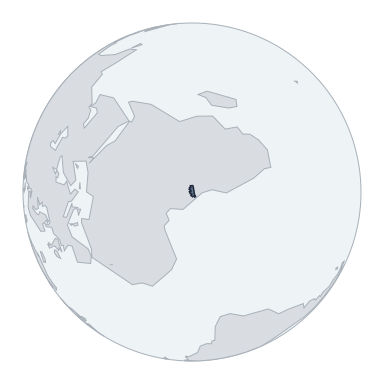 Bas-Congo on an orthographic globe, rotated 260°
{"feature_id": "COD-1883", "entity_name": "Bas-Congo", "entity_type": "Province", "adm_level": 1, "iso_a3": "COD", "parent_name": "Democratic Republic of the Congo", "parent_adm1": "", "projection": "orthographic", "projection_center": [14.09, -5.165], "detail": "fine", "context": "on_globe", "style": "filled", "palette": "slate", "viewbox_px": 384, "rotation_deg": 260, "n_neighbors": 0, "source": "natural_earth", "source_scale": "10m", "svg_char_len": 7631}
<svg xmlns="http://www.w3.org/2000/svg" viewBox="0 0 384 384"><g transform="rotate(260 192 192)"><circle cx="192" cy="192" r="169" fill="#eef3f6" stroke="#a8b0b8"/><path d="M104.3,47.6L110.0,44.3L101.2,49.9L97.1,54.0L94.7,55.9L88.1,60.0L85.4,61.1L78.4,66.9L90.9,56.7L104.3,47.6ZM77.7,67.6L83.6,62.7L77.5,68.4L77.0,69.1L78.1,68.6L80.9,66.2L79.1,68.2L71.6,74.1L73.2,72.3L75.5,70.3L74.2,71.1L69.1,76.0L66.4,79.0L65.1,80.4L77.7,67.6ZM26.2,159.4L27.4,154.7L25.6,164.4L27.7,155.0L27.4,159.2L30.9,157.1L30.2,159.4L32.9,169.6L38.8,173.4L40.1,180.3L39.1,184.9L41.8,185.7L41.9,188.7L55.4,191.5L64.4,198.2L65.6,208.5L61.0,221.1L63.6,246.8L57.0,256.3L59.9,266.7L62.8,282.3L58.3,282.1L64.3,289.1L65.7,293.9L64.1,294.7L67.9,299.8L66.9,300.4L70.5,303.4L75.0,310.5L80.9,315.6L85.8,321.1L89.7,324.0L89.3,324.1L90.5,325.4L92.7,327.1L88.6,324.9L80.4,318.3L76.7,314.6L76.0,314.3L67.4,304.8L68.9,306.9L57.5,293.1L49.8,281.2L33.8,247.4L31.2,241.1L28.5,234.6L27.4,230.0L25.1,218.3L23.7,206.6L23.1,194.7L23.3,182.9L24.3,171.1L26.2,159.4ZM97.4,329.7L90.0,325.9L93.2,327.5L90.3,324.6L96.1,327.7L97.4,329.7ZM91.1,321.9L90.7,320.1L92.2,320.8L92.7,322.3L91.1,321.9ZM357.6,158.6L356.0,152.0L358.2,163.7L360.1,175.5L360.8,184.5L360.9,187.8L360.6,183.2L359.5,172.0L358.6,167.7L356.9,157.2L352.5,141.2L352.0,143.0L350.2,137.0L344.0,123.8L342.2,126.2L340.7,140.0L343.6,155.6L341.7,161.9L331.9,138.2L326.2,123.3L323.5,124.2L312.7,111.4L296.4,109.0L293.4,105.2L290.5,106.6L282.8,102.7L277.9,96.9L273.6,97.0L286.4,112.5L291.0,112.6L293.8,107.1L296.6,112.7L303.9,118.3L298.3,131.2L272.9,142.3L269.3,130.6L244.3,100.3L244.5,97.1L244.3,96.8L243.9,96.1L242.8,101.2L238.1,95.7L252.6,116.0L255.6,125.1L272.6,142.9L271.3,144.7L276.4,148.6L291.5,145.1L291.8,149.0L285.4,167.0L263.5,192.0L265.8,210.0L263.2,225.5L248.2,235.6L248.2,247.8L240.3,252.1L238.9,259.1L231.8,266.5L220.4,273.6L202.5,273.9L202.4,267.4L194.9,255.1L185.1,225.7L190.7,212.2L189.5,202.0L176.4,180.1L179.4,167.8L175.6,162.9L168.0,164.5L163.5,158.7L158.8,158.8L128.7,165.2L119.0,158.3L106.1,136.7L111.1,127.2L111.1,117.2L145.1,82.1L153.3,83.1L181.3,77.9L185.0,78.8L182.8,85.8L204.7,94.1L210.4,88.1L229.1,93.0L240.8,93.1L242.9,80.2L223.8,79.7L219.3,73.6L233.7,68.7L250.3,70.3L249.1,68.1L237.7,62.6L240.5,59.1L233.6,60.6L237.1,62.8L232.9,64.1L229.4,62.2L230.6,60.8L225.3,59.8L221.2,67.3L224.4,70.4L211.1,71.8L215.1,77.3L211.9,80.0L203.9,71.7L204.0,68.7L190.0,60.9L188.8,64.0L201.9,71.9L198.2,71.3L196.7,76.5L195.0,72.1L181.1,63.5L168.5,66.2L154.1,79.8L146.4,81.6L139.2,79.8L142.8,67.0L159.6,64.5L161.1,60.7L156.3,56.1L161.8,56.0L161.9,54.1L168.1,53.3L175.5,48.4L181.6,47.7L183.1,42.5L186.5,41.6L184.6,44.8L186.5,46.9L201.5,46.3L204.1,45.2L203.9,42.1L208.0,42.7L205.9,39.8L213.9,38.9L202.4,37.8L201.9,35.0L205.9,33.1L203.7,32.2L197.1,35.5L196.3,37.1L198.9,38.6L194.9,43.8L190.1,44.9L186.4,39.3L179.1,40.5L179.4,36.4L197.2,28.8L205.3,28.0L221.4,31.4L220.3,32.6L213.9,31.8L221.0,34.8L219.8,33.4L223.3,34.2L223.7,32.4L226.1,32.8L222.3,30.5L225.3,30.9L227.7,32.4L230.9,30.8L236.9,31.8L236.4,31.2L234.2,30.4L243.3,32.6L242.5,32.1L239.3,31.2L235.6,29.9L232.8,28.6L236.1,29.4L237.6,29.9L245.6,32.7L249.0,34.6L250.1,34.8L247.9,33.4L238.1,30.0L235.4,29.0L240.3,30.5L238.3,29.8L238.0,29.7L240.9,30.4L235.6,28.8L233.9,28.3L245.3,31.7L256.4,35.8L267.2,40.7L277.6,46.3L287.6,52.7L297.1,59.7L306.1,67.4L314.5,75.7L322.4,84.5L329.6,93.9L336.1,103.8L341.9,114.1L347.0,124.8L351.3,135.8L354.9,147.1L357.6,158.6ZM134.7,98.5L134.1,101.4L134.1,101.5L134.7,98.5ZM269.0,79.5L278.2,81.0L272.1,72.9L275.1,73.0L271.9,70.4L271.6,72.4L263.5,65.7L266.8,64.1L264.6,61.1L261.4,60.6L256.8,64.7L268.3,73.9L267.1,76.8L269.0,79.5ZM31.1,156.9L31.3,158.6L30.6,158.9L31.1,156.9ZM33.7,136.3L34.1,136.8L33.1,138.0L33.7,136.3ZM31.7,138.5L32.2,137.2L33.3,134.0L33.3,136.4L31.4,140.0L31.6,138.8L31.7,138.5ZM77.9,68.0L78.4,67.6L79.0,67.5L77.6,68.6L77.9,68.0ZM88.3,62.1L85.1,65.6L86.4,63.7L83.8,65.5L83.4,64.3L93.5,56.8L89.0,60.2L88.3,62.1ZM85.6,61.2L84.7,62.4L85.3,61.4L85.6,61.2ZM156.3,45.9L158.9,46.6L157.1,48.8L149.4,51.1L151.8,47.9L156.3,45.9ZM162.9,47.3L161.4,42.0L166.1,40.7L163.7,42.2L167.0,42.0L164.0,44.4L170.0,49.1L168.9,51.4L155.2,53.6L160.3,51.4L157.5,50.6L162.9,47.3ZM149.2,34.9L148.6,33.8L159.7,32.4L159.0,33.7L151.2,35.7L147.5,35.5L149.2,34.9ZM128.4,35.5L127.6,35.8L122.1,38.2L122.6,38.0L128.4,35.5ZM119.1,39.6L117.8,40.2L119.1,39.6ZM178.9,23.5L179.8,23.5L175.5,23.8L180.7,23.6L175.8,24.0L176.7,24.0L173.7,24.5L171.5,25.2L169.2,25.4L169.3,25.6L167.3,26.1L166.8,26.6L162.3,27.4L161.3,28.0L159.8,28.1L159.2,29.1L157.7,28.8L154.9,29.7L157.9,29.6L135.3,35.2L127.0,38.7L121.0,42.0L119.1,41.6L123.6,38.5L131.2,34.7L139.5,31.7L137.1,32.4L140.4,31.2L140.9,31.2L142.1,30.6L144.9,29.8L149.1,28.6L163.9,25.4L178.9,23.5ZM188.5,76.1L191.2,76.3L195.3,75.9L194.4,79.4L188.5,76.1ZM178.8,70.3L181.2,69.7L181.9,73.9L179.1,74.0L178.8,70.3ZM181.9,66.1L181.3,69.4L179.9,67.6L181.9,66.1ZM186.7,44.3L189.2,43.8L189.7,44.6L188.6,45.7L186.7,44.3ZM194.0,24.7L191.8,24.5L192.4,24.3L190.1,23.7L193.5,23.6L196.2,24.0L194.0,24.7ZM240.0,82.3L237.0,84.7L235.1,83.4L236.5,82.8L240.0,82.3ZM214.9,81.6L221.0,83.3L214.6,82.6L214.9,81.6ZM197.4,24.5L196.0,24.2L198.6,24.3L197.4,24.5ZM195.8,23.6L198.7,23.7L193.6,23.6L195.8,23.6ZM283.3,312.5L282.8,314.9L281.0,314.8L283.3,312.5ZM288.7,224.4L275.5,251.4L268.5,251.1L268.3,242.9L274.0,226.4L282.5,222.1L287.0,214.9L288.7,224.4ZM360.3,206.7L360.6,199.5L358.2,173.6L359.1,174.9L361.0,191.6L360.9,193.9L360.9,196.1L360.3,206.7ZM344.2,157.2L347.2,167.2L345.8,168.4L344.2,157.2ZM224.6,26.4L224.0,27.1L225.8,28.2L230.4,29.5L223.7,28.2L220.8,26.5L224.6,26.4ZM208.6,24.0L208.2,24.1L206.1,23.9L208.6,24.0Z" fill="#d9dde1" stroke="#a8b0b8" stroke-width="1"/><path d="M194.9,190.1L195.0,190.0L195.1,189.8L195.5,190.3L195.6,190.5L195.8,190.5L195.9,190.4L195.9,190.2L196.0,190.1L196.4,190.2L196.6,190.2L196.7,190.3L196.7,190.5L196.8,190.5L196.8,190.8L196.8,191.0L196.7,191.1L196.5,191.3L196.7,191.5L196.8,191.6L197.0,191.6L197.3,191.5L197.3,191.4L197.6,191.4L197.7,191.5L198.4,191.5L198.3,191.8L198.4,192.2L198.4,192.3L198.3,192.7L198.3,192.8L198.3,193.0L198.3,193.4L198.3,193.5L198.2,193.8L197.9,194.0L197.6,194.1L197.3,194.1L197.0,194.1L196.7,194.1L196.2,194.1L195.9,194.1L195.7,194.1L195.4,194.1L195.1,194.1L194.9,194.1L194.6,194.1L194.3,194.1L194.1,194.1L193.8,194.1L193.4,194.2L193.1,194.1L192.8,194.1L192.4,194.1L192.2,194.1L191.8,194.1L191.7,194.0L191.2,194.0L190.7,194.1L190.4,194.0L190.2,194.0L189.9,194.0L189.7,194.1L189.3,194.0L189.2,194.1L188.9,194.0L188.7,194.0L188.6,193.9L188.4,193.9L188.3,194.0L188.2,194.0L188.0,194.3L187.8,194.5L187.7,194.5L187.3,194.6L187.2,194.6L187.2,194.4L187.0,194.5L187.0,194.4L186.9,194.3L186.9,194.2L186.7,194.0L186.5,193.8L186.6,193.7L186.9,193.7L187.1,193.7L187.4,193.7L187.4,193.4L187.4,193.2L187.4,192.8L187.4,192.5L187.4,192.2L187.4,191.9L187.2,191.8L187.2,191.7L187.5,191.6L187.6,191.4L187.8,191.3L187.9,191.2L188.0,191.1L188.1,190.9L188.3,190.7L188.9,190.6L189.0,190.5L189.0,190.4L189.3,190.5L189.5,190.8L189.8,190.9L189.9,191.0L190.0,191.2L190.2,190.9L190.3,190.9L190.2,190.9L190.3,190.8L190.5,190.9L190.6,190.7L190.8,190.7L190.9,190.4L190.9,190.2L190.9,189.9L191.1,189.8L191.3,189.9L191.3,190.0L191.5,190.0L191.7,189.9L191.8,189.8L191.9,189.7L192.2,189.7L192.3,189.7L192.5,189.5L192.8,189.4L192.9,189.5L193.0,189.7L193.1,189.8L193.0,190.0L192.9,190.1L192.8,190.3L192.9,190.5L192.9,190.8L192.9,191.1L193.0,191.2L193.3,191.0L193.5,191.2L193.8,191.2L194.0,191.1L194.2,190.9L194.5,190.5L194.7,190.3L194.7,190.2L194.9,190.1ZM188.5,194.1L188.8,194.1L188.7,194.1L188.4,194.2L188.3,194.3L188.2,194.3L188.1,194.2L188.3,194.1L188.5,194.1Z" fill="#64748b" stroke="#1e293b" stroke-width="1.5"/></g></svg>